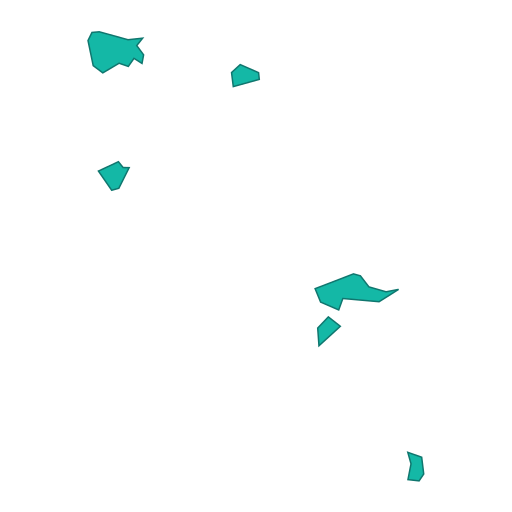 outline of Marquesas Islands, rotated 6°
{"feature_id": "PYF-4967", "entity_name": "Marquesas Islands", "entity_type": "state/province", "adm_level": 1, "iso_a3": "PYF", "parent_name": "French Polynesia", "parent_adm1": "", "projection": "albers", "projection_center": [-139.551, -9.25], "detail": "coarse", "context": "isolated", "style": "filled", "palette": "teal", "viewbox_px": 512, "rotation_deg": 6, "n_neighbors": 0, "source": "natural_earth", "source_scale": "10m", "svg_char_len": 747}
<svg xmlns="http://www.w3.org/2000/svg" viewBox="0 0 512 512"><g transform="rotate(6 256 256)"><path d="M389.1,278.0L401.3,274.3L383.2,288.6L346.8,289.2L343.9,301.0L325.1,295.1L318.2,282.3L354.8,263.6L361.9,264.8L371.5,274.9L389.1,278.0ZM115.4,59.2L123.2,67.7L122.5,76.4L114.0,72.2L109.2,80.8L99.7,78.6L84.5,89.9L74.2,83.7L66.4,59.3L69.5,50.8L76.7,49.4L106.1,54.3L120.5,51.2L115.4,59.2ZM109.3,176.6L114.6,181.9L120.6,181.4L112.5,203.0L105.6,205.7L90.4,188.0L109.3,176.6ZM427.5,435.4L441.8,438.8L445.6,455.3L441.7,462.6L430.5,462.5L431.9,446.5L427.5,435.4ZM239.4,73.4L240.8,80.0L215.7,89.9L212.5,76.1L220.3,67.3L239.4,73.4ZM334.3,309.0L347.2,317.1L328.0,338.7L324.9,321.2L334.3,309.0Z" fill="#14b8a6" stroke="#0f766e" stroke-width="1.5"/></g></svg>